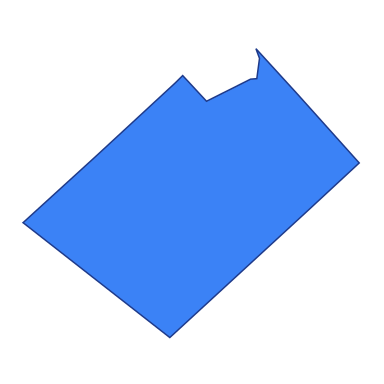 the district of Hunt, Texas, United States of America, rotated 227°
{"feature_id": "52423323B19009886233189", "entity_name": "Hunt", "entity_type": "district", "adm_level": 2, "iso_a3": "USA", "parent_name": "United States of America", "parent_adm1": "Texas", "projection": "albers", "projection_center": [-96.037, 33.123], "detail": "fine", "context": "isolated", "style": "filled", "palette": "blue", "viewbox_px": 384, "rotation_deg": 227, "n_neighbors": 0, "source": "geoboundaries", "source_scale": "gbopen_adm2", "svg_char_len": 334}
<svg xmlns="http://www.w3.org/2000/svg" viewBox="0 0 384 384"><g transform="rotate(227 192 192)"><path d="M99.2,334.1L192.8,335.9L253.2,336.5L243.7,332.5L230.7,316.7L234.6,311.8L248.5,264.5L283.5,264.6L283.2,254.2L283.7,143.5L284.8,47.5L100.7,76.5L99.4,263.4L99.2,334.1Z" fill="#3b82f6" stroke="#1e3a8a" stroke-width="1.5"/></g></svg>